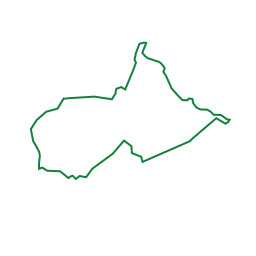 the district of Fraile Muerto, Cerro Largo, Uruguay, rotated 32°
{"feature_id": "84410073B83250552762977", "entity_name": "Fraile Muerto", "entity_type": "district", "adm_level": 2, "iso_a3": "URY", "parent_name": "Uruguay", "parent_adm1": "Cerro Largo", "projection": "orthographic", "projection_center": [-54.446, -32.51], "detail": "fine", "context": "isolated", "style": "outline", "palette": "green", "viewbox_px": 256, "rotation_deg": 32, "n_neighbors": 0, "source": "geoboundaries", "source_scale": "gbopen_adm2", "svg_char_len": 1053}
<svg xmlns="http://www.w3.org/2000/svg" viewBox="0 0 256 256"><g transform="rotate(32 128 128)"><path d="M57.8,137.0L58.0,148.9L50.0,157.6L46.3,169.8L46.2,180.4L54.4,189.2L59.4,191.9L65.3,195.3L67.9,198.2L71.7,205.9L74.2,209.7L76.2,207.0L82.2,207.0L86.1,204.8L93.4,200.7L104.0,202.0L105.3,198.9L106.4,197.8L110.7,198.8L112.4,194.4L118.6,191.9L119.3,181.5L128.7,157.9L131.3,140.8L140.5,141.6L144.6,147.2L154.4,145.4L158.3,149.0L187.3,106.6L188.4,102.2L197.7,72.9L208.4,72.7L209.8,69.9L209.8,67.1L207.3,68.2L200.2,67.7L197.1,69.3L193.6,71.4L189.1,70.3L185.1,70.6L179.8,73.8L175.6,74.4L170.3,72.5L167.2,69.3L164.0,70.7L163.7,73.0L159.4,75.5L152.7,73.9L144.0,71.3L132.6,63.6L128.2,61.6L127.6,58.2L126.1,57.1L121.8,55.7L119.7,55.4L112.7,57.1L108.0,58.3L104.6,58.0L101.6,57.1L100.3,56.6L99.5,52.6L98.9,48.7L98.3,46.3L96.3,47.1L93.1,50.5L95.0,60.2L97.4,66.7L100.1,68.3L101.7,75.9L105.2,96.8L100.6,96.9L97.4,100.8L97.9,102.8L99.1,105.1L99.1,112.2L93.4,114.6L82.9,119.2L61.0,134.8L59.3,136.4L57.8,137.0Z" fill="none" stroke="#15803d" stroke-width="2"/></g></svg>